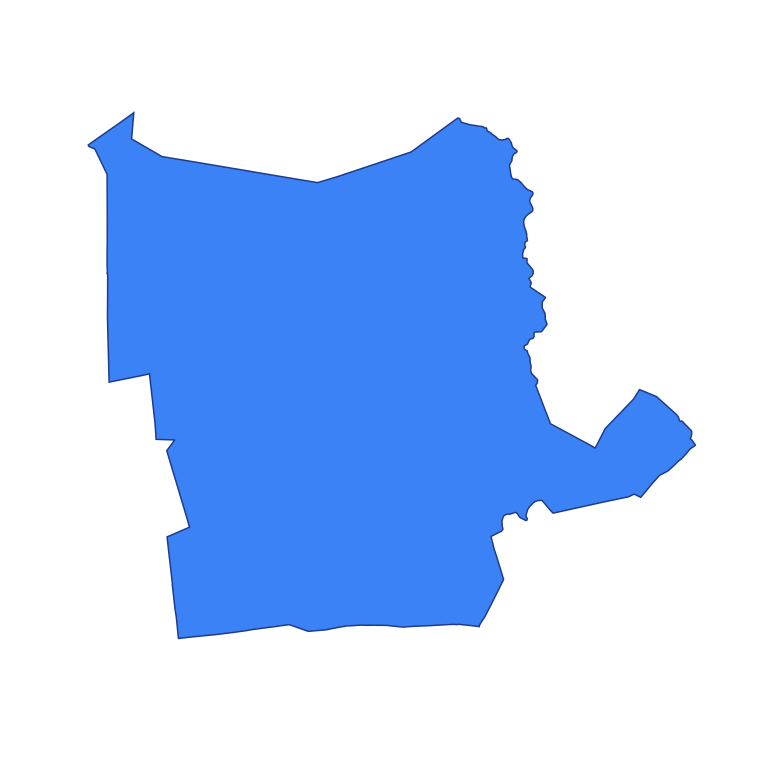 the district of Sannicolau Mare, Timis, Romania, rotated 95°
{"feature_id": "2599482B9375831214332", "entity_name": "Sannicolau Mare", "entity_type": "district", "adm_level": 2, "iso_a3": "ROU", "parent_name": "Romania", "parent_adm1": "Timis", "projection": "robinson", "projection_center": [20.591, 46.058], "detail": "fine", "context": "isolated", "style": "filled", "palette": "blue", "viewbox_px": 768, "rotation_deg": 95, "n_neighbors": 0, "source": "geoboundaries", "source_scale": "gbopen_adm2", "svg_char_len": 5050}
<svg xmlns="http://www.w3.org/2000/svg" viewBox="0 0 768 768"><g transform="rotate(95 384 384)"><path d="M406.1,658.0L394.4,618.5L443.5,608.6L459.0,606.2L458.0,588.0L458.1,587.7L469.4,594.6L498.8,582.9L536.6,567.9L543.6,565.3L555.2,586.8L558.6,586.1L562.5,585.3L567.2,584.4L601.8,577.3L602.3,577.4L618.4,574.2L627.2,572.4L633.0,570.9L638.3,569.8L649.8,567.7L655.4,566.6L652.3,551.2L648.1,528.8L644.8,513.4L641.5,498.8L640.9,497.2L637.1,480.3L634.7,469.3L633.8,465.8L632.0,457.3L637.0,437.9L633.9,420.1L631.8,413.1L631.4,411.5L629.6,405.4L629.0,402.5L628.3,400.6L627.8,396.3L626.2,386.1L626.2,384.8L625.8,379.0L625.4,375.3L624.4,362.6L624.4,361.8L624.2,360.6L624.3,357.8L624.5,347.5L624.5,344.0L622.6,331.9L621.0,319.2L620.5,315.6L620.3,314.5L618.2,299.9L617.3,293.3L617.4,290.4L617.0,289.7L616.8,287.8L617.0,284.9L617.0,280.8L617.2,272.0L617.4,268.0L615.8,267.8L615.2,267.5L612.6,266.3L606.8,263.1L595.4,258.5L587.9,255.5L570.1,248.5L568.3,247.8L559.6,251.3L546.0,256.8L539.1,259.8L526.5,264.1L521.0,255.2L520.6,254.4L520.4,254.2L518.5,252.9L517.0,253.2L515.6,253.8L514.7,254.0L512.6,254.2L511.6,254.5L510.0,254.5L508.1,254.2L505.8,253.6L504.6,252.9L503.4,251.1L502.9,249.6L502.7,248.1L502.5,246.7L500.6,242.5L500.6,241.8L500.7,241.0L501.1,240.3L501.6,239.8L504.6,237.5L505.5,236.1L507.6,230.9L507.4,229.9L505.8,229.5L503.8,230.7L503.1,231.0L502.1,231.0L496.7,230.0L493.6,228.4L489.1,224.7L487.9,223.0L486.8,220.8L486.2,216.6L486.4,216.2L494.4,208.2L497.4,205.0L497.9,204.2L494.6,193.7L490.0,179.1L485.5,164.8L481.0,150.3L476.7,136.0L475.0,130.4L472.8,126.8L472.0,125.2L472.0,124.7L472.3,124.0L474.5,118.4L468.5,114.1L460.4,108.6L456.3,105.5L450.9,101.5L449.2,98.8L446.7,94.8L445.4,93.0L441.6,89.6L438.6,86.9L436.6,85.3L434.2,82.9L432.6,81.2L430.4,79.4L426.3,76.3L422.3,73.6L421.1,72.3L418.6,69.1L417.6,68.5L413.3,72.1L411.8,74.2L410.4,73.6L409.7,73.4L408.3,73.2L406.2,73.2L405.1,73.3L404.0,73.5L394.9,84.0L395.3,84.9L394.9,86.2L393.0,87.1L391.2,87.9L389.0,89.9L372.8,111.4L367.3,129.0L377.2,134.0L409.2,159.8L429.4,168.0L426.1,175.2L409.1,214.7L372.1,232.8L370.9,232.1L369.9,231.5L368.9,231.3L367.2,231.3L366.3,231.5L360.7,237.9L358.3,239.0L354.4,239.0L352.1,239.4L350.0,240.2L345.1,240.9L344.4,241.2L343.5,241.9L342.4,242.5L341.4,243.1L340.2,243.7L338.6,244.1L338.1,245.4L337.5,246.4L336.2,247.5L335.6,247.6L335.0,247.6L334.4,247.5L333.8,247.3L331.7,244.6L327.6,243.1L326.9,242.5L326.4,242.0L325.9,241.0L325.9,240.5L325.8,240.1L325.6,239.7L324.9,239.1L323.8,238.6L320.4,239.0L319.8,238.9L319.5,238.8L319.1,238.2L318.3,231.9L318.2,231.7L314.1,229.1L310.9,227.0L310.5,226.9L309.9,226.9L309.5,227.1L305.6,228.9L299.7,229.7L294.5,233.0L288.5,233.5L284.3,230.8L284.0,230.8L283.7,230.8L283.5,231.0L274.8,246.7L274.5,246.8L274.1,247.0L273.9,247.0L270.8,246.0L270.4,246.1L269.9,246.3L266.6,248.6L266.3,248.7L265.9,248.7L263.5,246.2L263.2,246.0L262.4,245.6L261.9,245.4L261.3,245.2L260.8,245.1L259.9,245.1L259.2,245.1L258.5,245.2L257.9,245.5L257.3,245.7L251.0,251.9L250.7,252.1L249.9,252.3L247.3,252.3L247.0,252.3L246.7,252.5L246.5,252.8L246.3,256.7L246.0,256.8L242.1,257.3L237.5,256.4L236.1,255.2L235.8,255.1L235.5,255.0L235.2,255.0L234.0,255.7L232.9,256.0L232.0,255.9L231.4,255.8L230.9,255.8L230.5,255.7L230.1,255.4L229.0,254.0L228.4,253.6L228.1,253.7L224.0,254.8L222.5,254.9L221.0,255.3L219.5,255.8L217.8,256.6L215.4,257.7L213.8,258.3L212.5,258.6L210.8,258.9L209.8,259.0L208.5,258.9L206.8,258.5L206.1,258.1L203.8,256.6L202.8,255.6L199.3,251.6L198.7,251.2L198.2,251.0L197.3,250.9L196.7,251.0L195.8,251.2L195.3,251.4L189.9,254.6L189.3,254.7L188.1,254.9L187.5,254.8L186.1,254.4L184.3,253.4L182.5,252.3L181.8,252.3L181.1,252.3L180.4,252.4L179.6,253.0L177.8,258.0L175.3,261.3L171.3,265.2L169.2,268.0L168.8,268.6L168.7,269.1L168.6,270.8L168.6,272.0L168.4,273.4L167.9,274.1L167.6,274.6L166.9,274.9L164.5,275.8L157.4,277.5L156.4,277.9L155.7,277.9L155.3,277.9L154.5,277.8L153.2,277.4L152.1,276.8L151.3,276.4L150.4,276.1L147.3,276.0L146.4,275.9L145.4,275.6L144.2,274.9L143.5,274.5L142.9,273.8L142.6,273.3L142.1,272.5L141.6,272.1L140.9,271.8L140.4,271.8L140.0,272.1L139.5,272.6L137.6,275.7L137.1,276.3L136.6,276.6L135.6,277.1L133.9,277.8L132.6,278.2L129.4,280.6L128.7,281.2L128.5,281.9L128.6,282.7L128.8,283.4L129.5,283.9L130.1,285.3L130.7,288.3L130.5,290.5L129.9,291.9L129.2,292.7L129.0,293.2L128.2,293.9L127.7,294.7L126.7,296.3L126.2,297.4L125.9,298.0L124.8,299.2L123.8,301.1L123.3,302.0L123.1,302.8L122.7,303.3L121.8,303.7L120.4,304.0L119.9,304.6L120.2,305.6L120.1,306.0L119.5,306.9L119.1,307.9L118.8,309.1L119.0,310.7L118.5,316.2L118.4,319.1L118.0,322.5L117.6,324.1L116.7,329.1L116.1,330.0L115.3,330.5L114.1,331.2L113.5,331.4L112.9,332.3L112.7,333.0L112.6,333.7L150.5,377.2L181.6,448.7L189.2,467.8L184.4,528.6L180.0,583.3L176.8,624.9L171.5,636.3L161.9,656.8L135.6,656.9L137.0,658.5L139.6,661.6L145.1,667.9L170.1,697.7L171.8,699.5L173.1,698.6L175.1,692.5L199.7,677.9L200.9,678.0L243.2,674.1L268.7,671.9L277.5,671.3L290.2,670.2L296.7,669.3L297.9,669.6L299.1,668.8L315.7,667.4L342.8,665.2L406.1,658.0Z" fill="#3b82f6" stroke="#1e3a8a" stroke-width="1.5"/></g></svg>